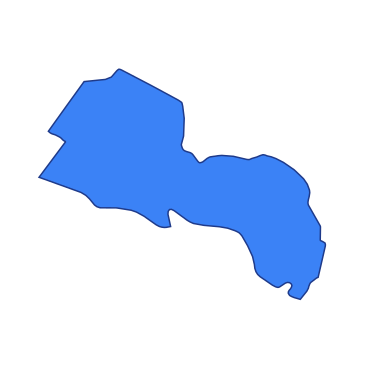 SVG path tracing the border of White Nile, rotated 126°
{"feature_id": "SDN-879", "entity_name": "White Nile", "entity_type": "State", "adm_level": 1, "iso_a3": "SDN", "parent_name": "Sudan", "parent_adm1": "", "projection": "mercator", "projection_center": [32.247, 13.605], "detail": "fine", "context": "isolated", "style": "filled", "palette": "blue", "viewbox_px": 384, "rotation_deg": 126, "n_neighbors": 0, "source": "natural_earth", "source_scale": "10m", "svg_char_len": 2135}
<svg xmlns="http://www.w3.org/2000/svg" viewBox="0 0 384 384"><g transform="rotate(126 192 192)"><path d="M270.0,324.4L225.9,323.8L225.7,324.2L225.6,324.7L225.8,325.2L225.8,325.8L225.8,327.0L225.4,329.3L225.3,330.5L225.4,331.7L226.1,336.1L227.2,339.4L227.4,340.5L227.5,341.7L227.3,343.9L196.7,344.1L166.1,344.2L151.8,328.2L146.4,324.8L138.2,324.1L136.8,323.8L135.6,323.3L135.0,322.0L134.7,320.6L129.9,288.3L125.7,256.9L125.6,253.1L126.0,252.3L128.1,249.9L137.0,241.6L151.7,231.7L159.7,228.6L160.3,228.2L160.9,227.4L162.0,225.9L162.6,224.8L162.9,224.0L163.0,223.4L163.0,222.8L163.0,222.3L162.5,220.2L161.3,216.9L161.1,215.8L161.0,214.7L161.3,213.1L163.8,205.2L164.0,203.9L163.9,203.2L163.7,202.9L163.3,202.4L163.0,202.1L161.5,201.1L161.0,200.9L155.9,199.5L153.8,198.5L153.0,198.0L150.7,195.7L149.8,194.7L147.3,192.2L144.9,189.4L138.8,179.5L133.4,166.7L132.4,165.1L132.1,164.8L131.8,164.5L129.7,163.3L125.7,160.2L122.4,158.2L120.5,156.8L120.2,156.5L119.9,156.1L119.5,155.3L119.1,154.4L118.6,152.4L117.0,148.7L115.6,143.7L114.3,135.3L114.0,122.3L115.7,109.7L115.9,109.0L118.0,103.2L121.4,98.1L122.7,96.9L123.4,96.3L126.9,94.5L129.7,93.4L131.9,92.3L132.6,91.8L133.3,91.2L134.2,90.1L144.0,68.5L144.3,68.0L144.8,67.5L155.2,60.2L155.7,59.7L155.7,59.2L155.4,57.9L155.2,56.3L155.1,54.4L156.1,53.2L157.3,52.4L186.9,39.8L188.4,40.7L195.2,42.7L196.1,42.8L197.1,42.7L199.8,42.0L201.4,41.3L204.8,40.8L215.2,41.3L217.4,47.4L218.0,49.9L218.3,52.2L217.4,54.5L216.3,55.3L214.6,55.6L212.6,55.4L210.5,55.6L208.8,56.3L208.0,57.8L208.0,59.8L209.1,61.7L210.8,62.9L217.2,65.3L218.2,65.9L218.9,66.8L219.6,68.8L220.1,72.3L220.5,87.0L220.1,90.4L218.9,93.4L216.8,96.3L213.9,99.0L208.6,105.1L202.8,115.4L198.2,125.7L197.6,128.0L197.3,129.9L197.5,131.7L198.0,134.3L200.3,141.9L204.0,149.4L212.0,162.8L216.6,172.3L217.4,176.1L217.7,179.5L217.6,195.5L218.1,198.4L219.4,199.9L221.6,199.9L224.1,198.4L232.5,189.0L235.8,192.1L237.0,193.6L238.2,195.8L239.1,198.2L239.6,201.7L239.8,216.7L240.9,225.2L242.5,230.5L249.2,243.7L258.8,257.1L259.8,260.3L259.8,263.2L257.8,270.9L257.1,275.9L257.6,281.6L270.0,324.4Z" fill="#3b82f6" stroke="#1e3a8a" stroke-width="1.5"/></g></svg>